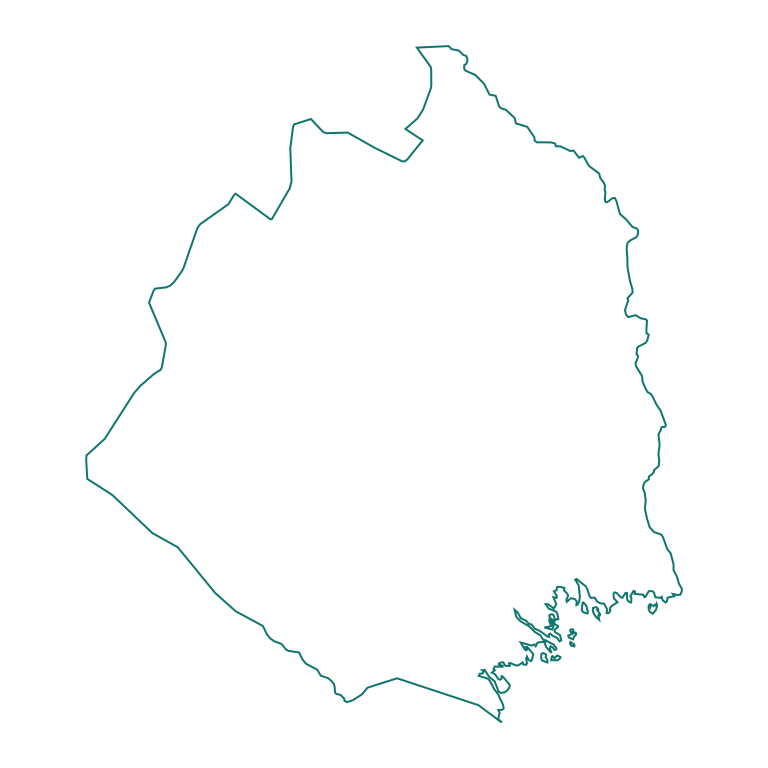 SVG path tracing the border of Norrbotten
{"feature_id": "SWE-190", "entity_name": "Norrbotten", "entity_type": "County", "adm_level": 1, "iso_a3": "SWE", "parent_name": "Sweden", "parent_adm1": "", "projection": "orthographic", "projection_center": [22.14, 67.052], "detail": "fine", "context": "isolated", "style": "outline", "palette": "teal", "viewbox_px": 768, "rotation_deg": 0, "n_neighbors": 0, "source": "natural_earth", "source_scale": "10m", "svg_char_len": 6101}
<svg xmlns="http://www.w3.org/2000/svg" viewBox="0 0 768 768"><path d="M402.3,161.4L404.9,161.3L407.4,159.3L422.7,140.4L405.4,129.0L417.6,118.3L423.1,109.5L430.9,88.2L431.3,85.0L431.2,70.0L430.8,67.1L416.9,47.6L448.6,46.1L451.7,49.2L459.0,50.6L463.1,54.9L466.0,55.9L467.3,58.3L467.3,61.3L466.2,64.0L464.3,65.0L464.1,68.5L465.3,70.6L475.4,75.0L484.2,84.0L489.5,94.6L495.7,95.8L499.1,106.4L501.1,108.3L505.8,109.8L514.7,118.0L515.9,123.4L527.2,126.8L534.4,137.3L534.6,140.4L536.7,142.3L551.1,142.4L555.3,143.7L555.8,146.2L560.7,146.5L570.2,151.0L573.6,150.6L579.0,157.7L582.8,156.0L584.4,157.7L588.9,165.9L599.2,173.6L600.2,177.9L604.0,183.1L605.0,185.9L604.7,189.9L605.4,192.5L604.8,199.2L605.0,200.7L605.9,202.1L607.3,202.1L612.6,198.1L614.8,198.0L616.4,201.0L619.9,213.9L626.5,219.8L632.4,226.9L636.8,228.5L638.1,230.7L638.1,233.6L636.6,237.0L630.0,240.6L627.9,242.5L626.9,245.5L626.7,249.5L627.3,257.1L627.5,267.2L630.1,281.5L632.3,288.6L632.6,292.6L627.5,298.2L628.3,300.2L625.0,310.0L625.9,314.2L628.1,317.1L635.8,315.2L640.3,318.1L646.2,319.5L647.0,320.7L646.4,329.3L646.5,333.2L648.7,334.7L647.4,340.0L645.7,342.9L638.3,346.6L637.1,348.1L636.5,354.1L638.1,356.0L637.0,360.0L635.5,363.0L636.1,366.4L641.9,375.6L642.8,382.3L645.9,389.3L647.5,392.0L650.7,393.9L652.4,396.2L656.5,404.7L660.6,410.7L665.8,424.8L665.5,426.3L664.5,426.9L661.5,427.3L660.6,430.4L658.5,434.2L659.6,445.2L658.4,454.5L659.3,460.5L658.7,466.1L653.8,470.4L653.8,472.2L652.4,473.9L648.8,476.6L648.9,479.3L645.2,481.7L643.6,484.3L643.0,488.2L644.8,493.3L645.7,500.4L644.9,508.5L647.0,518.6L649.6,527.1L653.9,532.0L661.1,534.5L662.7,536.6L667.4,549.3L670.7,553.3L673.5,564.1L673.6,570.4L677.1,577.0L678.9,583.7L681.7,588.4L681.8,591.4L680.3,594.6L677.9,595.1L672.8,593.9L674.3,596.2L667.6,597.6L666.8,601.5L665.6,602.5L662.7,600.4L661.7,596.8L660.5,597.8L655.4,597.3L653.9,592.3L652.3,591.2L648.9,591.1L645.2,597.0L644.3,597.0L643.2,594.7L634.6,593.9L635.0,591.5L633.5,590.9L630.3,596.3L631.4,598.0L631.2,602.3L630.9,602.6L627.8,600.9L627.0,598.4L626.9,592.9L625.4,593.1L622.6,597.5L621.1,597.6L616.9,593.1L614.5,592.4L613.6,593.6L613.6,596.6L614.2,598.7L617.5,602.2L611.3,606.3L610.0,608.3L610.1,611.5L608.3,613.3L606.6,612.9L607.1,609.4L604.2,603.7L600.2,603.3L597.0,601.4L594.9,597.9L594.0,597.5L591.1,598.0L589.5,596.0L587.3,589.1L585.8,586.4L576.5,579.0L575.2,579.6L578.6,585.3L579.9,596.7L579.2,601.6L577.5,604.7L576.4,605.1L576.7,601.2L574.9,599.1L570.9,598.2L566.8,601.8L566.4,600.3L566.8,598.4L568.2,595.9L567.3,593.7L563.9,590.2L564.4,587.9L559.4,586.7L556.9,587.1L556.7,590.2L553.9,591.3L556.8,595.9L556.6,597.9L553.4,597.2L556.3,604.2L553.9,608.5L548.2,604.3L545.7,604.2L548.6,608.5L556.4,611.8L557.5,614.5L558.3,619.2L556.5,619.2L554.9,620.5L554.2,616.4L552.7,614.4L550.8,614.3L549.1,615.8L549.9,617.8L549.2,620.5L551.1,626.2L544.4,627.5L552.2,629.6L553.5,626.2L551.1,620.5L551.6,619.1L552.7,619.8L554.5,622.8L554.0,623.9L557.8,625.8L558.1,626.8L555.0,629.4L554.5,630.9L555.2,632.3L560.0,635.1L561.3,640.2L559.6,641.4L557.1,637.9L552.1,635.5L550.4,633.6L548.7,634.5L549.1,636.9L547.1,636.3L540.0,631.0L534.7,628.6L531.5,624.5L528.6,623.6L526.2,620.8L520.8,618.2L517.8,612.7L514.6,609.8L516.2,616.8L520.4,621.2L529.0,626.2L534.8,632.0L540.4,635.3L543.0,639.6L545.3,640.3L543.5,641.8L537.6,642.6L535.7,646.2L534.4,644.4L531.8,645.6L520.7,642.5L524.0,648.3L525.9,650.4L527.5,649.4L525.5,647.2L527.3,647.0L533.3,654.2L531.8,660.1L530.8,661.2L528.6,659.8L526.9,656.5L526.2,658.5L526.9,663.6L525.9,664.9L523.1,664.3L522.6,662.4L518.3,665.4L516.1,665.5L510.2,663.0L508.9,663.4L509.9,665.8L506.6,666.0L504.9,665.4L503.4,662.3L501.8,662.3L498.8,663.4L498.8,664.5L502.6,665.8L502.6,666.8L494.8,666.5L493.4,669.2L494.8,670.3L491.9,672.6L494.9,674.2L498.5,679.2L500.1,679.7L501.4,678.9L501.6,676.2L502.9,676.7L509.7,684.9L509.5,687.3L507.3,690.5L504.1,692.5L500.8,692.9L498.5,691.4L494.7,681.4L489.0,676.7L484.6,669.9L482.2,670.2L483.7,671.4L482.7,673.5L479.8,673.7L478.8,675.9L487.7,678.6L489.9,680.8L494.1,689.0L498.0,694.1L503.0,704.7L503.7,708.3L502.3,709.8L498.3,710.0L499.6,712.6L498.2,719.3L501.2,721.7L500.9,721.9L478.5,705.2L397.1,678.3L367.5,687.7L361.8,694.5L352.8,700.2L346.9,702.2L344.4,700.6L344.2,698.6L340.6,695.0L336.4,693.9L335.0,692.5L334.7,687.3L334.0,684.2L332.1,681.6L328.2,678.2L320.8,675.7L317.3,669.8L305.8,663.6L302.1,658.8L299.2,652.5L288.2,650.8L285.8,649.3L281.6,644.0L274.3,641.3L270.6,638.7L267.1,634.7L262.9,626.0L235.6,611.2L215.2,593.0L177.7,547.2L152.4,533.1L112.3,495.0L87.3,478.9L86.2,460.2L86.4,455.5L104.7,438.9L134.3,392.7L140.9,385.3L154.3,373.7L160.6,369.8L161.9,367.1L165.8,345.3L165.7,342.2L149.0,302.6L153.7,290.5L155.1,288.6L166.1,287.4L170.3,285.6L174.2,281.9L182.0,271.0L183.7,267.5L196.9,229.4L198.6,226.2L200.4,224.0L228.4,204.2L234.2,194.8L235.6,193.7L270.4,219.3L272.0,218.9L289.7,188.4L291.5,181.7L290.3,148.1L293.0,127.3L294.1,124.4L310.9,119.0L323.2,132.1L326.6,133.2L347.7,132.6L374.7,147.8L402.3,161.4ZM546.5,647.4L544.2,642.2L547.0,641.1L553.5,644.5L556.3,647.9L556.3,649.4L554.5,650.0L552.7,647.4L550.7,646.3L550.1,646.9L550.1,649.1L551.2,652.1L550.8,652.3L546.5,647.4ZM656.6,603.9L657.1,605.6L655.9,610.0L652.8,613.7L650.0,612.0L648.7,609.6L648.6,605.9L649.2,605.0L650.3,607.1L650.8,604.4L653.7,606.1L655.1,604.7L656.0,605.7L656.6,603.9ZM597.2,610.1L600.1,614.1L599.9,615.3L598.6,615.0L598.4,615.9L599.2,619.8L596.0,616.9L594.0,614.0L592.8,610.8L593.1,607.9L596.1,607.1L598.0,608.6L598.2,609.9L597.2,610.1ZM583.0,612.1L581.9,610.3L581.9,609.3L582.5,603.1L583.3,602.4L586.4,605.8L587.9,611.9L587.5,613.5L583.0,612.1ZM541.9,660.4L541.1,657.8L541.4,653.9L543.3,653.0L545.9,654.4L546.2,655.4L545.6,657.1L547.1,659.4L547.5,661.5L547.4,662.5L541.9,660.4ZM557.2,655.5L560.5,657.1L560.0,658.5L557.6,660.3L551.2,660.2L551.8,656.6L552.7,656.2L554.5,658.3L557.2,655.5ZM568.3,635.6L575.1,632.6L576.2,633.3L575.9,634.9L574.2,636.3L573.1,639.3L569.0,637.7L568.3,635.6ZM570.4,642.0L574.1,644.4L574.5,645.5L574.3,646.4L571.0,645.6L570.0,643.4L570.4,642.0ZM571.1,632.4L570.0,630.6L571.0,629.4L572.9,629.3L573.5,631.4L571.1,632.4Z" fill="none" stroke="#0f766e" stroke-width="2"/></svg>